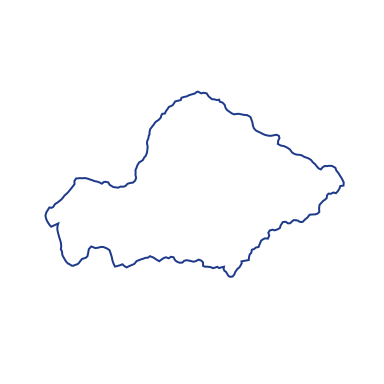 outline of Novo Horizonte do Norte, Mato Grosso, Brazil, rotated 161°
{"feature_id": "56859067B35028865245170", "entity_name": "Novo Horizonte do Norte", "entity_type": "district", "adm_level": 2, "iso_a3": "BRA", "parent_name": "Brazil", "parent_adm1": "Mato Grosso", "projection": "natural_earth1", "projection_center": [-57.299, -11.385], "detail": "fine", "context": "isolated", "style": "outline", "palette": "blue", "viewbox_px": 384, "rotation_deg": 161, "n_neighbors": 0, "source": "geoboundaries", "source_scale": "gbopen_adm2", "svg_char_len": 3933}
<svg xmlns="http://www.w3.org/2000/svg" viewBox="0 0 384 384"><g transform="rotate(161 192 192)"><path d="M132.7,263.7L134.0,266.6L136.3,268.3L136.3,270.5L138.5,270.8L140.8,272.4L142.7,273.1L144.0,275.0L145.1,276.9L146.1,280.6L148.9,282.1L151.0,282.2L152.5,283.7L154.0,285.1L155.8,284.8L157.4,284.2L160.5,284.4L163.2,284.5L166.0,284.1L168.5,284.5L171.3,284.5L172.7,282.6L174.8,282.8L178.4,283.1L180.2,281.7L181.8,280.5L183.6,280.1L186.1,280.0L188.0,278.5L190.2,277.0L192.1,275.0L194.6,275.6L196.0,274.5L197.3,272.5L200.1,271.0L202.6,270.4L204.3,269.7L205.9,268.4L208.4,266.8L211.1,265.0L212.6,262.6L213.4,260.3L214.7,259.1L215.7,257.0L217.8,254.7L218.8,252.5L219.1,249.6L219.9,247.7L221.6,244.1L223.8,241.4L225.9,240.2L228.1,238.2L230.6,237.5L232.3,237.2L234.9,235.1L236.8,232.7L238.3,231.2L238.9,228.9L239.9,226.6L240.2,223.6L242.0,221.3L244.7,220.1L247.2,220.6L250.2,220.8L253.1,219.3L255.4,219.4L257.9,220.4L260.4,220.1L262.8,221.3L264.9,222.4L267.5,225.6L268.1,228.4L270.2,229.7L271.9,230.2L274.5,229.2L276.3,231.1L278.1,232.6L280.6,234.0L282.3,235.5L283.7,236.5L285.8,238.2L288.3,239.9L291.8,240.9L293.4,241.6L295.6,242.1L297.2,242.5L299.6,240.7L300.5,237.7L304.4,235.1L309.6,231.9L311.6,231.0L313.7,230.2L315.9,228.6L318.1,227.4L322.7,225.8L325.4,225.2L328.2,223.0L330.1,222.8L331.9,223.8L334.1,222.0L336.4,220.1L338.3,217.3L338.6,214.5L338.5,212.2L338.0,209.4L337.2,206.7L336.4,205.0L328.7,205.8L330.3,203.4L331.3,201.2L331.7,199.3L332.0,196.8L332.1,194.8L332.3,192.1L332.3,189.2L332.6,186.3L333.3,183.3L334.7,180.4L334.3,178.5L335.1,174.3L334.6,171.4L333.8,167.5L332.7,164.9L331.4,163.7L329.7,161.5L328.2,160.9L326.1,161.1L324.0,161.0L322.4,161.5L320.5,162.8L317.6,164.6L315.8,164.4L313.7,164.4L311.7,165.4L310.0,168.2L308.2,171.5L305.0,173.3L301.6,170.4L298.9,169.9L296.0,169.7L293.8,168.9L291.0,166.5L288.9,163.9L288.9,161.1L289.0,157.0L289.5,153.0L289.5,149.8L289.1,146.6L286.9,146.3L284.1,146.2L281.3,146.3L280.2,144.2L278.4,142.0L275.2,142.4L272.0,142.6L269.9,142.8L266.9,144.7L264.4,144.8L262.2,144.9L259.5,144.8L257.1,144.9L255.1,144.2L252.7,145.0L250.0,142.8L247.8,139.9L245.5,137.2L242.8,138.1L240.1,138.8L237.8,138.7L235.6,136.9L233.0,137.6L230.7,136.3L230.5,134.4L229.9,132.4L228.5,130.6L226.8,129.2L224.1,128.4L221.8,129.5L219.4,129.3L216.8,127.9L213.3,125.6L210.9,125.4L207.8,125.9L205.4,124.0L204.5,121.8L205.6,118.5L204.1,117.2L201.4,116.2L198.5,114.7L197.1,113.2L194.8,113.0L192.4,113.0L191.1,111.2L188.7,111.2L186.1,110.9L187.2,109.0L187.0,107.0L185.7,105.1L185.4,103.0L184.7,100.5L183.4,99.3L181.0,98.9L178.7,100.4L177.3,102.1L174.4,104.3L171.6,105.4L169.9,106.8L168.2,108.4L167.8,110.3L160.5,109.2L159.2,112.0L157.8,114.1L155.8,115.2L154.2,117.9L151.8,117.9L149.5,118.7L147.0,118.3L142.6,123.4L140.6,124.1L138.1,124.4L135.4,123.2L133.1,125.7L133.1,128.6L131.1,130.3L127.9,130.1L126.6,128.9L123.6,128.8L120.7,129.3L119.0,131.6L115.9,134.0L113.0,133.3L111.6,131.2L109.5,130.5L107.1,131.6L105.0,132.3L102.8,131.4L101.2,130.5L100.2,129.1L98.6,128.0L96.8,127.8L94.0,129.3L91.2,130.2L88.3,132.2L85.6,131.6L82.6,130.7L80.4,130.7L78.2,131.6L77.0,135.6L75.5,138.4L72.7,139.9L70.9,140.9L69.2,141.3L66.7,142.3L65.4,144.9L63.5,146.0L61.3,145.1L58.5,145.5L56.3,144.0L54.0,145.2L51.7,147.0L49.8,149.4L46.7,148.7L45.4,151.7L46.0,156.2L46.6,158.6L47.5,162.6L48.5,165.1L48.6,168.3L51.3,171.2L54.1,172.2L56.0,172.5L58.1,173.4L60.7,172.7L62.8,171.4L64.6,173.1L65.9,176.3L66.6,178.3L68.0,180.6L69.0,183.5L70.6,185.5L72.1,186.9L74.5,188.7L76.2,190.9L78.6,192.3L80.7,193.2L82.5,194.4L84.4,196.6L85.6,200.4L87.5,202.9L89.9,205.3L93.0,207.1L95.2,209.5L93.7,212.6L91.8,214.4L91.6,216.8L93.4,218.6L99.5,219.5L102.0,220.7L104.2,222.1L105.8,223.5L108.1,225.9L109.6,227.3L111.5,229.3L112.7,231.9L112.8,235.1L112.3,237.2L112.2,241.1L112.3,243.9L114.9,246.8L117.6,247.9L119.9,249.3L122.3,250.7L124.8,251.4L126.6,251.6L128.4,253.0L129.9,254.9L132.3,258.3L132.9,260.8L132.7,263.7Z" fill="none" stroke="#1e3a8a" stroke-width="2"/></g></svg>